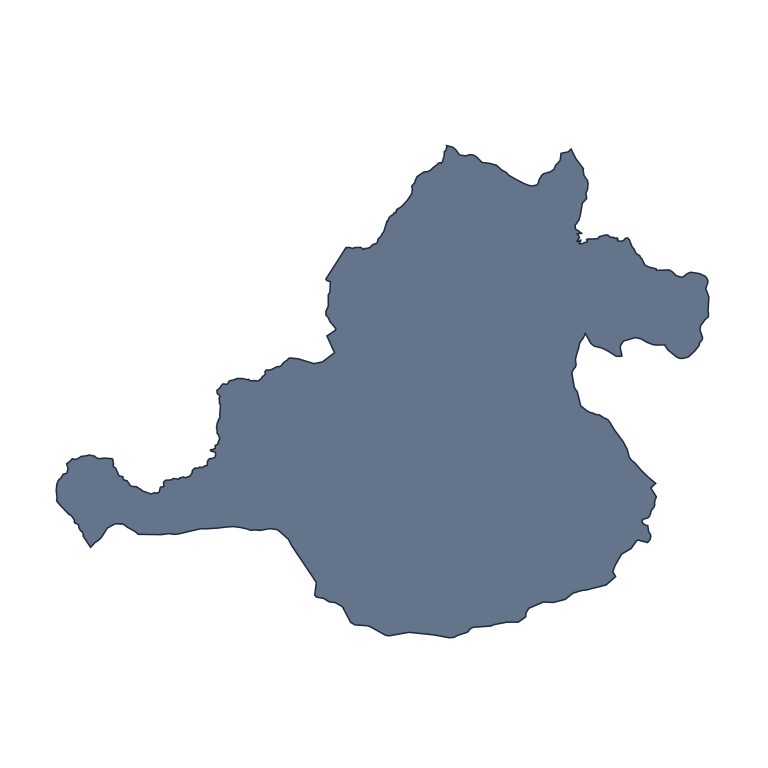 San Pedro y San Pablo Ayutla, Oaxaca, Mexico (Natural Earth projection), rotated 275°
{"feature_id": "50627088B37574101781202", "entity_name": "San Pedro y San Pablo Ayutla", "entity_type": "district", "adm_level": 2, "iso_a3": "MEX", "parent_name": "Mexico", "parent_adm1": "Oaxaca", "projection": "natural_earth1", "projection_center": [-96.113, 17.038], "detail": "fine", "context": "isolated", "style": "filled", "palette": "slate", "viewbox_px": 768, "rotation_deg": 275, "n_neighbors": 0, "source": "geoboundaries", "source_scale": "gbopen_adm2", "svg_char_len": 6137}
<svg xmlns="http://www.w3.org/2000/svg" viewBox="0 0 768 768"><g transform="rotate(275 384 384)"><path d="M276.8,74.8L272.1,76.7L267.7,75.7L267.1,75.2L266.3,72.3L261.8,70.2L260.8,68.8L258.5,67.5L255.5,66.8L249.3,66.7L242.4,68.2L239.1,68.0L235.3,71.6L226.7,81.4L225.7,83.9L221.4,87.5L219.8,87.4L218.4,88.3L218.0,90.3L216.9,92.1L214.0,92.6L210.9,95.0L210.5,96.2L207.8,97.7L207.1,97.4L206.2,97.6L195.7,105.9L201.0,110.1L202.6,112.3L206.1,115.6L216.5,121.1L221.4,128.6L221.5,134.9L222.0,135.8L218.8,141.1L215.2,149.3L212.8,152.2L214.5,175.3L216.2,182.8L215.9,188.0L216.7,192.2L224.0,214.5L224.1,218.7L225.9,230.5L227.6,238.5L228.9,246.7L228.5,253.8L227.6,260.6L226.6,263.9L227.3,267.7L227.4,273.6L229.9,282.5L229.7,289.5L229.0,291.5L220.9,302.4L214.8,306.2L180.4,333.9L167.6,333.4L165.8,335.3L165.2,342.6L162.2,348.2L162.0,354.4L158.5,362.0L143.6,371.6L141.5,376.0L141.7,388.6L140.6,392.3L133.7,407.7L133.6,411.3L138.8,430.4L138.4,455.1L136.9,471.1L137.6,475.5L140.4,480.1L143.7,488.2L144.9,489.6L147.6,491.2L149.4,494.0L152.2,511.6L153.9,514.7L157.4,527.1L158.4,538.5L164.4,545.5L168.3,545.4L173.2,547.9L180.7,561.8L181.1,571.7L185.2,583.3L192.1,590.5L195.5,599.0L196.5,603.8L203.2,622.8L212.3,631.5L217.0,628.3L223.3,630.0L235.2,635.5L241.6,644.5L250.2,649.6L250.6,650.8L249.0,660.4L252.6,662.8L255.7,663.1L257.6,662.4L259.8,660.6L265.9,659.1L266.4,656.1L268.5,653.3L270.8,653.1L272.2,654.9L273.7,658.6L275.6,660.2L281.4,661.4L284.6,663.5L287.0,664.3L288.8,663.9L291.8,664.1L295.3,665.2L303.7,658.9L308.7,663.3L314.2,655.4L320.5,647.7L327.4,640.6L329.7,637.1L332.3,634.8L340.2,631.9L347.4,627.3L358.4,617.5L365.3,612.6L368.1,610.0L369.4,606.1L372.0,601.3L372.1,598.0L373.3,594.4L373.5,592.1L375.2,588.1L379.4,581.9L392.9,577.3L397.1,573.9L411.7,570.1L415.4,571.7L417.4,573.2L419.7,573.7L425.0,572.6L430.2,573.3L437.1,574.9L440.6,575.1L443.6,576.2L447.2,578.5L451.9,580.2L442.6,586.3L440.1,590.0L438.8,598.1L436.1,604.7L431.8,613.1L432.3,618.4L434.1,618.3L439.9,616.4L442.7,616.2L447.6,618.8L452.2,630.5L451.3,636.2L448.3,642.7L446.6,648.7L446.6,653.1L447.4,660.0L442.7,663.9L436.9,672.3L435.5,675.3L435.3,678.0L436.1,681.4L437.6,685.0L444.3,691.0L449.8,694.6L451.9,694.6L456.0,697.2L458.1,697.3L465.4,694.1L469.4,694.2L476.3,698.4L479.2,701.3L482.6,701.1L484.8,700.4L498.9,700.1L507.2,696.2L512.6,697.6L514.6,697.8L516.9,696.8L519.2,694.8L521.5,688.8L522.1,679.9L520.5,676.6L516.5,672.3L516.5,669.6L517.5,665.5L521.0,661.3L522.5,658.1L521.0,645.5L522.5,645.0L523.5,638.2L524.7,634.6L525.4,633.5L531.3,629.9L532.2,628.6L534.1,627.6L535.9,623.9L540.4,621.2L542.2,619.2L549.2,615.8L550.8,613.9L550.1,611.7L548.6,610.8L547.5,609.5L546.9,607.9L546.9,605.9L547.1,604.4L547.9,603.7L548.4,604.4L549.4,604.1L549.8,602.8L549.3,600.4L550.1,599.8L550.0,596.5L551.8,594.1L551.9,592.3L549.7,585.9L549.1,585.2L547.5,584.5L546.5,578.3L546.3,574.3L545.3,573.2L544.1,574.3L543.5,574.1L540.8,568.3L540.8,566.4L541.3,566.3L543.4,567.5L544.4,567.4L542.8,564.9L542.8,564.3L543.3,563.8L546.6,566.0L548.6,565.1L550.3,563.3L550.7,564.0L551.1,567.1L551.5,567.7L552.4,565.6L553.0,565.3L555.2,561.1L559.2,560.6L560.9,562.1L562.0,562.2L563.4,563.5L564.9,564.1L570.1,564.9L581.6,565.9L586.4,569.8L591.7,568.5L595.4,569.8L601.6,569.8L604.6,568.9L608.9,565.2L614.9,563.6L615.8,564.0L625.2,555.5L634.4,549.9L631.3,547.2L629.2,540.2L622.1,540.0L616.8,535.9L612.7,534.6L609.8,531.1L607.4,524.6L605.5,522.9L601.1,520.7L597.5,520.1L595.7,519.0L594.1,514.4L594.7,510.0L596.0,505.8L599.7,496.8L602.7,490.4L605.3,487.5L607.6,482.4L611.8,476.9L613.1,469.3L613.2,462.6L618.3,456.4L620.0,452.8L619.9,449.2L618.4,445.5L618.7,439.5L623.7,435.0L625.9,431.7L627.0,425.5L625.4,425.9L623.1,425.4L622.2,425.2L620.6,423.8L615.6,424.1L614.2,423.4L611.0,423.1L608.8,421.8L609.4,421.0L608.7,418.7L607.9,418.7L604.0,414.2L601.1,411.8L599.3,408.7L598.9,405.8L598.2,404.6L593.5,398.9L590.1,397.5L587.5,397.2L583.9,394.6L582.9,394.4L580.7,395.2L576.2,395.1L569.3,391.4L564.1,387.4L561.1,384.8L560.2,382.9L558.8,381.4L558.2,381.6L557.2,380.9L556.0,381.3L555.1,378.8L553.5,378.4L552.9,377.1L551.5,375.6L549.3,374.1L547.6,373.9L546.2,372.6L545.5,372.9L545.1,372.5L535.4,370.4L533.2,368.8L531.5,368.4L527.9,365.5L524.4,365.0L523.2,363.8L522.2,361.0L518.7,357.9L517.7,355.5L517.2,352.6L516.5,352.5L516.2,351.7L518.1,348.9L517.3,342.5L516.3,341.2L517.1,336.9L516.5,335.3L516.7,334.3L483.4,316.9L482.0,318.2L481.3,321.6L470.9,322.1L467.9,320.7L456.6,321.7L451.6,319.8L447.6,320.1L445.1,322.8L441.6,324.5L435.0,331.2L433.2,330.8L426.9,322.9L410.9,332.0L400.7,320.8L398.2,312.5L401.6,296.6L401.8,288.6L401.2,286.7L399.6,285.7L396.5,282.0L392.7,279.5L391.7,275.5L388.6,270.7L387.7,267.4L387.8,265.6L385.9,264.3L384.4,264.9L383.1,264.5L381.5,263.5L381.1,262.4L378.9,261.4L375.8,258.1L376.2,256.2L375.7,255.5L376.2,254.2L375.8,253.1L375.6,249.9L376.6,249.2L376.9,248.4L376.4,247.6L377.1,242.8L376.8,237.5L374.8,233.5L373.8,229.9L372.4,228.8L371.0,228.7L370.0,227.3L370.0,223.3L365.0,220.2L363.1,218.1L360.0,218.7L358.8,220.4L357.1,221.9L356.7,221.4L355.0,220.9L353.4,221.5L350.3,221.7L349.6,222.5L347.8,223.0L339.6,223.0L336.7,223.6L333.5,222.0L331.6,222.1L331.2,221.4L325.8,220.9L324.3,221.6L320.3,222.1L318.3,223.8L315.1,225.2L313.6,224.4L309.2,223.4L308.1,221.2L305.1,221.5L303.8,218.9L303.4,217.0L302.6,216.9L302.0,217.6L301.5,221.1L300.5,222.3L298.8,222.4L296.4,222.1L295.9,221.5L294.8,219.1L294.5,216.7L292.9,215.5L291.8,214.9L287.4,214.9L286.7,212.4L285.1,210.5L284.9,209.2L285.3,207.8L284.3,206.7L283.8,205.1L283.9,203.2L281.3,200.6L278.8,200.6L275.7,199.0L274.9,197.9L273.3,194.0L273.9,192.1L272.5,188.5L271.2,187.7L271.6,183.1L271.4,182.3L269.9,180.4L269.1,174.8L266.9,172.9L263.0,173.7L262.4,173.1L262.0,170.7L261.3,170.1L256.6,169.5L255.3,166.8L255.8,164.9L254.1,161.6L256.4,152.8L258.0,150.7L258.3,149.5L260.1,146.6L260.1,141.8L260.5,140.3L265.2,136.5L265.7,133.5L266.7,132.4L268.8,132.0L269.5,127.9L276.7,124.1L278.2,121.7L279.0,121.2L280.8,121.6L282.1,121.0L284.6,120.8L285.9,119.6L285.8,111.9L284.7,106.4L285.7,103.5L287.1,101.7L287.0,100.6L287.6,96.6L286.4,93.3L285.5,88.6L283.5,86.3L281.9,83.2L282.5,79.9L280.8,79.0L276.8,74.8Z" fill="#64748b" stroke="#1e293b" stroke-width="1.5"/></g></svg>